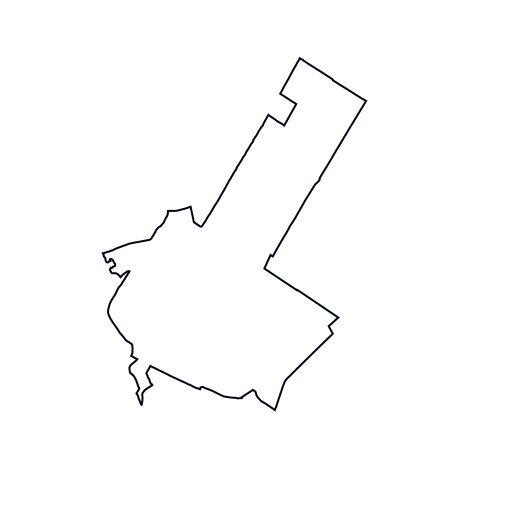 Soparlita, Olt, Romania, rotated 55°
{"feature_id": "2599482B59738251160251", "entity_name": "Soparlita", "entity_type": "district", "adm_level": 2, "iso_a3": "ROU", "parent_name": "Romania", "parent_adm1": "Olt", "projection": "equal_earth", "projection_center": [24.267, 44.29], "detail": "fine", "context": "isolated", "style": "outline", "palette": "ink", "viewbox_px": 512, "rotation_deg": 55, "n_neighbors": 0, "source": "geoboundaries", "source_scale": "gbopen_adm2", "svg_char_len": 6154}
<svg xmlns="http://www.w3.org/2000/svg" viewBox="0 0 512 512"><g transform="rotate(55 256 256)"><path d="M369.3,271.8L366.3,254.1L364.0,239.2L363.7,237.7L355.2,236.7L353.6,223.9L308.7,241.1L307.3,241.7L307.5,242.1L271.4,256.2L271.1,256.3L270.8,255.9L269.6,253.8L263.5,243.5L266.0,242.6L265.2,240.9L262.5,235.4L258.7,227.3L255.3,219.9L255.1,219.3L254.6,218.1L252.9,214.7L252.0,212.8L251.4,212.0L249.7,207.6L247.2,201.7L246.4,200.1L245.5,198.2L244.6,196.2L244.3,195.4L239.8,186.2L238.6,183.7L231.4,166.7L231.1,165.6L231.2,165.4L231.1,164.6L230.6,161.8L230.1,160.2L229.7,160.0L229.3,159.7L228.3,158.2L228.2,158.0L225.9,152.8L222.3,144.5L220.4,140.3L219.0,137.1L218.9,136.7L218.6,136.5L216.8,132.5L215.8,130.3L211.9,121.5L209.9,117.1L207.5,111.6L204.5,105.0L204.0,103.9L202.1,99.5L192.1,76.8L188.4,78.7L166.7,87.8L165.7,88.3L162.3,89.7L156.1,92.3L155.3,91.9L139.9,98.1L138.5,98.8L136.8,99.5L135.1,100.1L131.2,101.8L128.9,102.8L124.9,104.3L123.0,105.0L122.2,105.1L119.1,106.8L119.9,108.1L120.9,110.4L122.8,114.2L123.8,116.5L125.8,120.6L126.5,122.0L129.0,126.8L129.8,128.5L130.5,130.0L131.0,131.1L131.5,131.9L131.7,132.3L131.8,132.7L131.9,133.0L137.0,143.1L154.6,135.9L165.3,158.1L164.1,158.4L162.1,159.2L159.9,160.3L157.1,161.5L155.8,161.8L154.4,162.4L153.2,162.8L151.1,163.6L150.4,163.9L148.3,164.6L147.5,164.8L147.9,165.7L148.4,166.8L149.7,169.5L150.4,171.0L151.0,172.1L151.3,172.8L151.8,173.7L152.8,175.3L153.1,175.9L153.2,176.4L153.5,177.5L153.9,178.6L154.5,180.1L155.0,181.4L155.6,182.7L156.0,183.4L156.2,183.9L156.5,184.4L156.8,184.8L157.0,185.5L157.3,186.1L157.6,186.7L157.8,187.1L157.9,187.7L158.3,188.9L158.7,189.8L159.1,190.4L159.3,191.1L159.5,191.6L159.8,192.1L160.3,192.5L160.5,193.0L160.9,193.6L161.1,194.3L161.2,194.8L161.6,195.9L162.7,198.5L163.3,199.8L163.8,200.5L164.1,201.5L164.5,202.5L165.1,204.1L166.2,205.8L166.6,206.7L166.9,207.4L167.1,208.1L167.4,208.8L167.6,209.6L168.0,210.3L168.3,211.2L168.8,212.0L169.0,212.6L169.3,213.2L169.7,213.9L169.9,214.5L170.1,215.0L170.6,216.2L170.8,216.8L171.3,218.0L171.6,218.5L171.9,219.2L172.3,220.6L172.7,221.4L173.0,221.8L173.5,222.0L173.9,223.1L174.2,224.1L175.0,226.2L176.3,228.9L177.2,230.9L178.0,232.4L178.3,233.4L178.7,234.4L179.1,235.2L179.7,236.2L180.3,237.4L181.0,239.0L181.7,240.4L183.0,243.0L183.7,244.3L184.2,245.6L184.8,246.8L185.5,248.5L186.1,249.7L186.4,250.2L186.6,250.8L187.6,252.6L188.1,253.8L189.1,256.0L190.3,258.9L191.0,260.6L191.7,262.2L192.6,264.1L194.5,268.4L195.3,270.1L195.6,271.2L196.2,272.7L196.5,273.5L196.9,274.2L197.4,275.3L197.9,276.3L198.5,277.6L198.9,278.7L199.1,279.4L199.5,280.5L200.2,282.1L200.6,283.7L200.6,284.1L199.8,284.8L197.7,285.6L195.3,286.5L193.9,286.9L193.3,287.1L192.8,287.6L189.2,286.0L178.1,281.3L177.2,284.7L176.2,287.8L175.6,289.3L174.8,291.5L174.4,292.6L173.8,294.3L173.3,295.2L172.8,296.0L172.5,296.7L172.0,297.3L168.6,302.2L170.0,303.3L170.6,303.9L171.4,304.7L172.0,305.5L172.5,306.6L172.9,307.1L173.1,307.7L173.3,308.4L173.7,309.0L174.2,309.9L174.7,310.6L175.1,311.4L175.5,312.1L175.9,313.1L176.1,313.9L176.2,314.6L176.3,315.3L176.5,315.9L176.9,316.5L177.0,317.0L176.8,317.7L176.6,318.5L176.5,319.2L176.8,319.9L177.3,322.6L178.0,324.0L178.8,325.0L178.9,325.8L179.4,326.6L179.9,327.4L180.3,328.6L180.7,329.7L181.0,330.5L181.5,331.3L181.7,331.9L181.8,332.7L181.9,333.1L181.3,334.8L178.7,340.5L175.7,347.1L174.8,349.0L173.8,351.3L173.0,353.5L172.5,355.7L171.5,359.1L170.5,363.1L169.7,366.0L169.3,368.6L169.2,369.9L168.6,371.6L168.0,374.0L167.2,376.2L166.8,377.7L165.9,379.9L168.1,380.3L169.0,380.9L171.5,380.7L172.7,381.4L173.8,381.9L175.0,382.0L175.9,381.6L176.4,380.8L176.1,379.5L176.5,378.1L175.4,378.0L175.1,377.6L174.9,377.1L175.2,376.5L175.7,376.1L176.6,375.7L177.9,375.7L179.9,376.1L181.4,375.9L182.8,376.6L183.3,377.3L182.7,379.2L183.2,380.1L183.0,381.0L182.3,381.7L183.4,383.6L184.6,383.7L185.5,383.9L186.7,384.0L187.8,383.5L188.9,381.8L190.2,380.3L192.0,379.6L194.0,379.2L195.6,379.2L195.0,376.3L194.9,375.0L194.8,370.1L195.3,369.0L196.1,368.5L197.1,371.0L198.1,373.3L199.0,375.6L199.7,377.1L200.4,378.9L201.3,381.1L202.2,382.9L202.7,384.9L202.8,385.7L203.1,386.8L203.5,387.5L204.0,388.5L204.8,389.8L205.4,391.1L206.3,392.4L206.8,393.6L207.2,394.6L209.0,398.9L209.8,400.5L210.9,402.5L211.7,403.8L212.6,404.8L214.8,407.4L216.2,408.7L217.5,409.6L218.9,410.2L220.6,410.6L223.2,411.1L228.2,411.4L233.3,411.4L236.9,411.4L240.7,411.6L244.8,411.2L248.1,410.9L249.9,411.0L251.1,410.6L252.5,410.2L253.8,409.4L255.6,408.8L257.4,408.2L260.9,410.1L264.8,413.1L266.3,415.6L272.5,412.4L272.9,414.0L273.1,415.8L273.2,417.6L273.4,419.9L273.5,421.4L274.6,423.5L275.3,424.0L276.4,424.7L278.4,425.7L279.2,426.1L280.0,426.1L280.4,426.0L281.2,425.5L284.1,425.0L287.2,425.1L292.5,426.4L293.4,426.6L294.5,427.2L295.5,427.4L296.6,427.3L297.3,427.5L297.7,427.9L298.4,429.0L299.1,430.7L299.5,431.8L299.7,432.3L300.2,432.8L301.8,432.8L302.8,432.9L304.3,433.4L305.7,434.0L306.8,434.1L310.3,435.0L311.1,435.1L311.9,435.2L312.3,435.0L311.4,434.0L309.7,432.4L307.4,430.5L305.4,429.3L304.1,428.5L303.2,427.6L302.6,425.7L302.2,424.3L302.0,421.2L302.4,415.7L302.2,414.9L301.5,414.9L300.4,415.4L297.9,414.9L295.9,414.2L294.3,414.2L289.9,413.2L289.1,413.0L285.5,405.6L286.5,405.1L291.1,402.5L294.4,400.8L295.5,400.1L300.2,397.5L302.2,396.4L302.3,396.3L303.2,395.9L305.3,394.8L317.7,387.6L322.2,385.0L325.3,383.1L327.7,382.0L329.6,380.8L330.9,379.9L331.3,379.3L332.2,378.8L333.0,378.3L332.4,377.5L332.0,376.3L332.5,375.1L332.8,374.5L334.6,373.8L337.1,371.9L341.9,368.8L344.4,367.5L348.5,365.3L352.7,362.8L357.4,357.9L358.2,357.0L359.2,355.7L359.9,354.7L360.5,354.1L362.2,352.5L362.6,352.0L362.8,351.3L363.9,349.7L364.2,349.2L363.5,348.9L363.7,342.4L363.8,339.6L363.9,337.4L363.8,335.4L364.6,335.1L365.9,334.6L367.2,334.4L367.8,334.5L368.7,335.0L370.3,335.4L371.8,335.6L372.8,335.6L375.6,335.3L377.0,335.1L378.4,334.7L380.4,333.8L382.4,332.9L387.0,331.1L391.8,329.3L392.9,329.0L392.7,328.8L391.4,326.4L390.0,324.5L387.3,321.0L385.0,317.9L383.1,315.3L380.7,312.1L378.2,308.7L375.4,304.5L375.0,303.5L374.5,302.1L374.0,299.7L373.7,297.4L372.9,292.9L372.5,290.4L371.8,286.8L371.2,282.8L369.6,273.9L369.5,273.0L369.3,271.8Z" fill="none" stroke="#020617" stroke-width="2"/></g></svg>